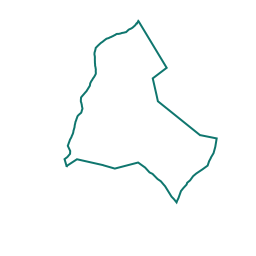 Chase Gardens, Castries, Saint Lucia (orthographic projection), rotated 241°
{"feature_id": "8701671B45925024878482", "entity_name": "Chase Gardens", "entity_type": "district", "adm_level": 2, "iso_a3": "LCA", "parent_name": "Saint Lucia", "parent_adm1": "Castries", "projection": "orthographic", "projection_center": [-60.972, 14.016], "detail": "fine", "context": "isolated", "style": "outline", "palette": "teal", "viewbox_px": 256, "rotation_deg": 241, "n_neighbors": 0, "source": "geoboundaries", "source_scale": "gbopen_adm2", "svg_char_len": 2288}
<svg xmlns="http://www.w3.org/2000/svg" viewBox="0 0 256 256"><g transform="rotate(241 128 128)"><path d="M161.9,191.0L215.9,189.0L216.2,189.0L216.6,188.9L216.4,188.6L215.1,186.6L215.4,186.3L215.1,185.6L214.6,184.7L214.3,183.9L214.0,182.6L213.8,181.7L213.6,180.8L213.5,179.9L213.5,178.4L213.6,177.7L213.7,176.8L213.6,175.9L213.2,174.5L213.0,173.7L212.8,172.7L213.1,171.9L213.4,170.6L213.7,169.8L214.0,168.9L214.2,168.1L214.2,167.6L214.4,166.8L215.0,165.1L215.6,164.1L215.8,163.4L215.7,162.8L215.6,162.1L215.7,161.5L215.7,160.5L215.7,159.2L215.8,158.3L215.8,157.4L216.0,156.2L216.0,155.3L216.1,154.2L216.4,153.2L216.5,152.3L216.2,150.1L215.7,147.3L215.6,145.8L215.3,144.4L214.7,142.0L213.7,138.6L213.3,138.3L212.5,137.6L211.3,136.5L210.6,135.7L209.9,135.1L208.9,134.5L208.4,134.2L207.6,134.0L206.5,133.6L205.5,133.1L204.5,132.5L203.2,131.8L202.2,131.3L201.3,130.8L200.7,130.5L200.1,130.3L199.3,129.9L198.3,129.4L196.8,129.0L195.9,128.6L195.1,128.4L194.1,127.8L193.3,127.3L192.4,126.9L191.0,126.1L189.9,124.5L188.9,122.8L188.4,121.6L187.2,119.6L186.7,118.5L186.2,117.8L185.5,116.8L184.9,116.2L184.0,115.6L183.3,114.9L183.0,114.3L182.4,113.2L181.7,112.0L180.9,110.5L180.3,109.5L179.9,108.2L178.9,105.5L177.8,102.5L177.4,101.7L176.9,101.4L175.6,100.5L174.4,99.8L173.7,99.5L172.7,99.4L172.1,99.2L170.6,98.8L169.5,98.3L167.7,97.8L166.9,97.5L166.3,96.8L165.7,96.1L164.9,95.4L164.1,94.5L163.9,93.8L163.7,92.7L163.3,91.0L162.9,89.8L162.4,89.1L161.7,88.4L160.9,87.4L160.2,86.7L159.5,85.9L158.8,85.0L157.8,84.2L156.4,82.9L155.6,82.3L154.6,81.6L154.0,81.0L153.3,80.3L152.6,79.6L151.8,78.8L151.2,78.4L150.4,77.7L149.5,76.7L149.0,76.0L148.2,74.9L147.7,74.4L147.0,73.4L146.1,71.9L145.5,71.1L144.8,70.4L144.0,69.4L142.9,68.2L141.6,66.7L135.9,66.3L133.5,64.8L132.0,60.9L131.5,57.4L124.8,55.9L125.3,55.5L124.5,55.8L125.4,68.2L107.7,88.1L107.0,88.7L98.9,96.8L92.9,120.1L85.1,123.8L78.7,125.3L76.0,127.2L69.1,129.1L65.5,130.9L61.4,131.7L59.1,132.2L46.8,132.8L43.5,133.7L39.4,134.4L40.6,135.8L42.1,138.0L47.2,143.8L48.7,147.5L50.1,151.8L51.4,153.2L52.1,156.9L54.3,161.6L55.1,165.6L55.7,172.8L56.5,179.4L59.6,182.8L61.6,185.9L61.9,186.1L64.5,190.6L69.2,195.2L75.9,200.5L82.0,193.3L86.5,188.0L86.7,187.6L136.9,167.1L143.2,169.0L159.4,173.7L161.9,191.0Z" fill="none" stroke="#0f766e" stroke-width="2"/></g></svg>